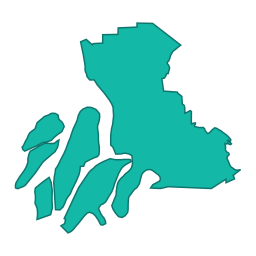 Klang, Selangor, Malaysia (Robinson projection)
{"feature_id": "92858781B44508451464311", "entity_name": "Klang", "entity_type": "district", "adm_level": 2, "iso_a3": "MYS", "parent_name": "Malaysia", "parent_adm1": "Selangor", "projection": "robinson", "projection_center": [101.362, 3.039], "detail": "fine", "context": "isolated", "style": "filled", "palette": "teal", "viewbox_px": 256, "rotation_deg": 0, "n_neighbors": 0, "source": "geoboundaries", "source_scale": "gbopen_adm2", "svg_char_len": 4637}
<svg xmlns="http://www.w3.org/2000/svg" viewBox="0 0 256 256"><path d="M80.6,41.8L83.2,54.1L84.8,63.7L85.2,66.8L85.0,68.8L85.4,71.6L86.6,74.1L87.0,76.6L89.7,79.9L94.1,79.9L95.5,81.9L97.3,84.9L104.2,93.0L109.8,100.6L111.8,104.1L113.1,107.4L113.3,111.7L113.6,115.7L112.7,124.1L111.5,129.1L110.7,135.7L110.7,145.0L112.9,147.1L115.8,154.1L121.8,153.9L123.8,153.1L126.3,153.4L128.7,153.9L131.9,155.6L132.5,161.7L132.5,163.7L131.6,167.5L130.3,169.5L128.1,171.8L125.6,173.6L123.2,176.3L120.9,178.4L119.1,180.6L117.8,182.9L117.1,185.7L116.2,191.7L116.2,194.8L114.4,199.1L111.8,205.6L112.9,208.9L115.1,212.5L117.1,215.0L118.7,216.7L122.0,217.5L125.2,215.7L127.6,212.5L128.1,209.4L128.1,205.1L128.3,201.1L128.7,197.1L132.1,192.5L134.3,189.5L136.8,187.7L139.4,183.7L140.8,177.9L141.9,174.1L143.9,171.8L145.2,170.8L147.0,169.8L150.2,169.5L152.2,170.3L154.4,171.8L156.6,173.6L158.4,174.8L160.0,176.9L160.4,179.6L159.5,181.1L152.8,184.7L150.6,188.0L160.4,188.5L168.2,186.7L211.3,188.5L226.0,179.1L226.0,182.7L234.5,178.9L233.2,175.3L240.6,169.6L238.2,170.1L237.2,170.1L235.9,170.1L235.0,169.7L234.7,169.5L230.9,166.8L229.8,165.0L228.5,161.7L226.9,158.2L227.6,156.1L229.2,154.6L228.7,153.1L226.3,151.6L225.4,149.6L225.6,147.1L225.1,144.5L225.1,143.4L225.3,143.4L225.9,143.5L226.7,144.0L227.3,143.7L227.6,143.1L228.1,143.3L228.6,143.9L229.3,144.3L230.1,144.6L230.7,144.5L231.5,143.8L230.3,142.5L228.7,141.7L227.3,140.7L228.1,140.1L229.5,141.0L230.5,141.0L230.8,139.6L229.5,138.0L228.3,136.7L226.0,134.6L224.3,133.4L223.1,132.6L220.8,130.7L218.3,129.4L216.6,128.3L214.7,127.8L213.3,128.9L212.0,130.0L210.4,131.8L209.1,132.9L207.6,133.6L205.0,130.4L204.6,128.7L203.3,127.5L201.4,127.5L199.8,127.6L197.0,127.1L194.7,126.6L194.3,125.5L195.4,124.2L195.4,122.9L192.7,123.3L191.8,124.1L191.3,123.3L191.4,111.5L190.1,110.6L188.6,111.5L187.1,112.3L184.8,113.1L184.8,108.5L184.6,106.8L184.1,105.3L182.3,104.0L181.8,96.4L177.8,93.2L177.3,92.1L163.6,91.1L161.8,78.6L164.4,78.1L165.8,75.9L166.7,73.6L168.2,73.6L168.9,70.6L169.6,67.8L168.7,65.3L167.3,63.7L167.6,61.7L168.7,61.0L169.6,58.9L170.5,55.7L171.6,53.6L172.9,51.4L180.7,45.1L152.6,23.4L137.0,23.1L137.0,27.1L118.2,27.9L118.0,34.4L102.7,34.7L102.7,43.1L93.2,43.6L92.4,44.9L86.2,39.4L80.6,41.8ZM63.1,206.9L64.7,203.6L66.0,200.1L67.8,197.1L70.3,193.8L72.3,189.0L74.1,185.4L75.6,182.4L77.2,178.9L79.0,174.6L79.9,170.8L80.1,169.0L80.3,166.5L83.7,166.2L85.2,162.2L87.7,160.9L90.6,159.4L93.9,157.9L97.3,156.7L99.0,154.6L99.3,150.8L99.3,146.8L98.6,142.8L98.4,139.0L98.4,134.9L97.7,129.1L97.5,126.1L98.6,122.8L99.3,120.0L99.7,116.5L99.5,113.7L97.9,111.7L95.9,109.4L93.2,108.2L90.8,107.4L87.2,107.2L82.8,109.2L80.3,111.5L78.3,115.5L77.2,120.0L75.6,123.8L73.4,128.4L71.6,133.4L70.3,137.7L68.3,142.3L67.4,145.0L65.8,149.3L64.0,153.4L62.0,157.2L60.4,160.2L58.7,164.0L57.1,166.8L55.5,169.0L55.1,172.8L54.4,176.3L54.0,180.1L53.7,183.2L54.0,185.4L55.5,209.7L60.0,209.9L63.1,206.9ZM110.0,158.7L103.1,161.7L99.3,163.7L95.7,166.0L93.5,168.3L91.2,170.0L89.0,172.3L85.4,177.6L78.7,187.5L64.2,218.5L65.6,219.3L65.1,221.3L64.7,223.6L60.9,225.8L68.0,232.9L70.9,231.6L73.4,229.4L75.8,226.3L78.5,223.3L80.7,220.5L84.1,216.2L87.0,213.2L89.5,212.2L93.2,213.7L95.7,216.2L98.2,220.0L100.6,224.6L102.6,225.1L105.7,223.6L105.5,221.3L104.0,218.0L102.4,216.2L101.1,214.2L98.6,208.9L99.3,206.9L101.1,204.6L102.8,204.1L105.5,202.1L106.9,199.8L108.6,196.8L111.5,192.3L113.3,188.0L114.4,184.2L115.8,180.6L118.5,173.8L120.5,170.0L122.3,167.3L125.2,165.0L127.6,163.5L131.0,161.7L130.5,159.7L128.7,159.4L124.3,159.4L121.4,159.7L119.1,159.7L115.3,159.7L110.0,158.7ZM27.6,149.8L36.3,146.0L42.6,142.5L46.4,142.0L49.5,141.0L51.5,140.2L53.5,138.0L55.5,136.2L57.8,134.4L61.8,131.7L63.1,128.9L64.2,126.6L63.1,123.8L61.8,121.8L59.1,119.5L58.2,116.8L58.2,115.2L55.5,113.5L52.6,113.2L50.4,113.7L49.3,114.7L44.4,116.5L41.5,119.0L37.2,122.6L36.1,125.8L35.0,128.9L31.9,131.1L29.9,132.7L28.3,135.4L27.2,138.2L25.6,141.0L23.2,146.0L22.1,147.1L22.9,149.6L24.7,151.1L27.6,149.8ZM58.4,142.8L58.9,140.0L56.9,141.2L55.1,142.8L53.1,143.5L50.2,143.5L47.5,143.3L44.8,143.3L38.8,146.3L35.7,148.3L33.2,149.6L30.3,151.1L29.0,153.9L28.3,156.9L27.9,158.9L27.9,162.2L27.0,165.0L25.8,167.8L24.5,170.0L21.6,174.1L20.0,176.3L18.5,178.6L16.0,182.9L15.4,185.7L15.6,188.0L17.8,188.7L20.7,187.5L23.6,186.4L25.6,184.9L35.2,173.1L40.1,166.0L42.8,162.2L45.3,159.9L47.3,158.2L50.0,155.9L51.5,154.6L55.1,151.6L57.5,147.3L58.0,145.3L58.4,142.8ZM50.6,214.7L52.4,207.7L52.0,200.1L52.2,190.0L51.1,182.2L49.1,177.4L42.8,181.9L35.4,188.0L34.8,191.7L35.4,195.5L35.4,199.6L35.0,203.1L37.2,208.4L37.5,212.5L37.5,215.5L37.0,219.5L50.6,214.7Z" fill="#14b8a6" stroke="#0f766e" stroke-width="1.5"/></svg>